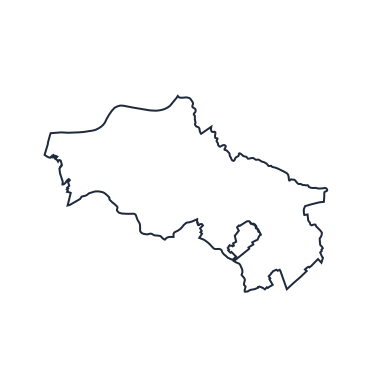 Luong Tai, Bắc Ninh, Vietnam (Albers equal-area conic projection), rotated 225°
{"feature_id": "81297802B42689754920120", "entity_name": "Luong Tai", "entity_type": "district", "adm_level": 2, "iso_a3": "VNM", "parent_name": "Vietnam", "parent_adm1": "Bắc Ninh", "projection": "albers", "projection_center": [106.213, 21.025], "detail": "fine", "context": "isolated", "style": "outline", "palette": "slate", "viewbox_px": 384, "rotation_deg": 225, "n_neighbors": 0, "source": "geoboundaries", "source_scale": "gbopen_adm2", "svg_char_len": 6059}
<svg xmlns="http://www.w3.org/2000/svg" viewBox="0 0 384 384"><g transform="rotate(225 192 192)"><path d="M270.0,249.8L269.5,247.9L268.5,237.4L268.8,235.3L269.3,233.4L270.1,231.1L271.8,228.1L273.9,225.2L275.4,223.6L279.4,220.0L293.4,210.0L301.8,204.3L304.0,202.2L305.3,199.8L306.3,196.7L306.1,192.6L305.3,188.1L304.1,183.5L302.7,179.6L302.3,176.9L302.4,174.3L302.9,171.6L303.8,168.7L304.5,167.1L305.8,165.0L311.1,157.8L313.7,154.7L321.4,146.4L326.6,141.7L333.5,133.7L332.8,132.1L329.1,125.6L327.5,123.4L322.5,114.0L319.4,114.6L317.6,115.3L316.4,116.1L316.6,117.0L315.6,117.5L316.6,118.9L316.3,119.3L316.2,120.2L315.4,120.3L315.4,119.5L314.3,119.4L314.2,118.8L313.6,118.9L313.6,120.0L314.2,120.0L314.1,121.0L313.4,121.4L312.2,121.7L312.2,118.8L310.2,119.2L309.5,119.1L308.3,118.8L308.8,120.0L308.7,120.3L308.3,120.8L307.9,120.7L307.4,121.3L307.0,121.3L304.2,119.8L303.0,119.0L303.3,118.3L302.6,117.7L302.6,117.3L303.0,116.6L302.4,116.0L302.4,114.9L298.4,111.8L290.9,108.0L290.4,107.6L288.9,105.7L288.6,105.9L288.7,106.7L288.1,107.1L288.0,108.0L288.0,109.6L288.4,110.7L288.5,112.1L288.3,114.0L286.8,114.0L286.6,111.3L283.2,109.6L283.3,106.8L282.1,106.9L282.3,105.3L281.2,105.4L280.7,105.1L280.4,103.8L278.7,104.9L277.1,105.6L270.4,94.5L269.2,96.7L266.4,107.1L266.2,108.1L266.6,109.8L266.7,110.9L264.7,114.1L264.2,115.7L263.9,118.3L261.3,123.2L260.6,124.2L258.6,126.3L255.7,128.3L254.0,129.1L252.2,129.5L249.4,129.7L246.7,129.7L245.8,128.8L244.7,128.3L241.6,128.3L237.8,128.7L234.8,128.8L233.8,128.4L232.3,126.1L231.1,125.7L229.3,125.7L228.4,126.0L226.1,127.4L221.7,131.4L217.8,135.5L216.4,136.0L215.8,136.1L210.6,133.7L207.6,133.0L206.4,132.5L205.2,131.7L201.1,127.8L199.9,127.4L198.2,127.5L196.4,128.3L193.6,130.4L192.5,132.4L191.8,133.3L190.9,133.9L188.1,134.7L186.8,135.7L185.5,136.9L183.4,138.4L182.2,138.6L179.7,138.5L177.5,139.1L177.6,140.5L177.3,142.4L176.3,144.2L173.3,147.2L175.5,149.4L175.8,150.6L175.8,151.4L175.5,152.3L174.6,154.8L174.1,157.9L174.2,160.5L174.5,162.5L174.3,165.7L174.1,166.6L172.4,168.8L171.1,171.2L169.1,176.4L167.0,174.2L166.7,174.5L165.9,174.3L165.8,174.1L165.5,173.4L164.2,173.0L163.6,173.7L163.6,174.9L162.3,176.3L160.6,176.1L160.6,172.0L157.6,171.3L157.6,169.5L155.4,169.6L154.4,164.7L150.3,166.5L148.5,167.0L144.9,167.5L142.2,167.6L137.3,167.4L136.1,167.6L134.9,168.4L132.5,171.0L131.0,171.7L129.9,171.7L127.6,170.7L125.0,170.5L123.5,170.7L120.0,170.9L115.4,172.7L115.1,177.5L121.7,177.5L121.8,176.3L123.2,176.2L125.2,176.4L125.1,177.4L127.1,177.7L127.0,178.6L127.6,179.3L127.7,181.0L126.8,181.2L126.0,182.1L124.9,182.3L124.5,183.7L126.6,184.7L125.6,188.1L130.8,191.3L131.5,197.7L135.2,198.9L135.2,201.5L134.3,201.8L132.5,209.8L132.2,210.4L130.9,211.8L129.1,211.8L129.0,211.5L128.5,211.6L128.5,211.3L127.7,211.2L127.4,211.8L126.7,211.8L126.5,212.5L126.1,212.5L125.9,213.2L124.9,213.3L124.7,212.7L124.3,212.7L124.0,213.5L123.7,213.4L122.4,213.3L122.4,212.6L121.7,212.5L121.6,211.9L121.3,211.6L120.9,211.9L120.7,211.8L120.2,212.3L119.1,211.8L118.7,212.4L117.2,211.6L117.3,211.0L117.1,210.9L116.7,210.9L116.5,211.6L113.2,210.6L113.1,210.2L113.6,209.9L113.2,208.1L111.9,204.5L112.6,202.9L113.8,199.0L111.5,198.2L112.4,194.8L112.8,192.7L111.4,192.3L113.5,172.8L111.3,173.3L107.9,174.7L106.0,174.4L102.2,172.9L101.0,172.2L99.5,170.8L98.3,168.4L94.5,168.1L93.2,167.7L92.4,167.2L90.3,163.7L89.4,163.1L87.7,163.1L87.1,162.9L86.8,162.2L85.5,160.0L85.0,159.4L84.3,158.9L83.8,159.1L82.2,161.3L81.8,163.3L81.6,163.9L78.9,167.8L77.6,171.1L78.1,171.5L77.3,172.9L74.1,174.3L71.6,174.7L71.7,177.6L70.6,177.7L70.4,179.2L69.3,183.4L75.7,185.1L75.6,186.3L78.1,186.6L78.2,189.5L78.6,190.9L78.4,191.9L78.7,193.2L77.4,196.7L75.7,196.9L75.0,199.0L73.7,198.7L56.2,190.3L55.8,200.2L55.2,208.2L55.0,217.2L57.4,217.1L57.2,219.9L57.0,220.8L56.5,221.7L55.7,221.7L55.5,222.9L55.4,223.9L55.5,233.7L50.5,233.5L52.9,238.1L53.7,238.1L55.4,238.6L58.6,239.9L58.5,242.0L59.6,242.6L59.8,244.8L61.1,245.1L64.0,245.3L66.7,247.5L68.8,249.4L69.2,251.5L69.6,252.6L70.2,253.6L71.3,255.0L71.9,255.2L74.5,255.5L79.7,255.5L81.7,256.2L82.8,255.2L83.8,253.1L84.4,252.8L85.3,252.7L87.1,253.7L89.0,253.9L89.9,254.2L94.4,257.8L96.3,255.2L98.1,256.3L100.5,258.6L100.9,259.2L102.0,262.0L98.9,267.7L94.6,274.8L91.8,278.3L95.0,282.0L97.9,285.0L98.2,285.4L98.2,286.2L97.5,287.9L97.5,288.4L97.6,288.8L98.1,289.2L98.7,289.4L99.5,289.5L100.2,289.3L100.9,288.8L102.0,287.2L103.9,285.0L105.3,283.7L107.9,282.0L109.1,280.5L111.0,279.0L113.0,278.2L114.3,278.8L115.1,278.5L115.9,277.4L117.3,276.5L118.5,275.3L120.9,274.5L121.9,273.4L122.7,272.9L123.8,272.8L127.2,273.1L128.4,273.0L129.5,271.9L130.8,271.1L131.0,270.7L131.0,269.3L131.3,268.9L132.0,269.1L134.6,271.2L136.2,272.1L137.8,272.4L140.0,271.9L147.7,269.3L150.6,268.0L152.7,266.6L153.3,266.4L154.5,266.5L156.1,264.6L156.5,264.5L158.7,264.8L159.9,264.7L162.2,264.0L164.3,262.8L167.5,262.1L167.9,261.9L169.5,260.1L170.0,259.8L172.5,259.4L172.9,259.2L173.7,258.3L175.5,255.6L176.1,255.1L178.4,255.3L181.1,253.7L184.5,253.5L185.4,253.2L185.8,252.9L185.9,252.4L184.9,250.9L184.6,250.1L185.3,248.2L185.4,247.0L185.1,246.0L184.5,244.7L184.5,244.2L184.5,243.7L184.7,243.3L185.6,242.9L186.8,242.9L188.9,243.8L190.7,244.2L192.5,245.6L193.1,245.8L196.5,245.9L197.4,245.7L198.7,244.9L198.9,244.9L199.4,245.4L200.1,247.8L200.4,248.1L201.1,248.4L202.1,248.2L203.1,247.2L203.5,246.2L204.1,244.0L204.8,243.6L206.4,243.6L208.5,244.9L210.3,245.2L210.7,245.4L211.1,246.3L211.4,247.4L211.6,247.7L211.9,247.8L212.4,247.6L213.6,246.8L214.3,247.0L215.5,248.0L216.8,249.9L217.7,250.7L218.4,250.7L218.9,250.4L219.4,249.4L220.2,248.8L221.3,248.8L222.9,249.6L224.5,251.8L226.7,239.6L228.1,239.9L229.4,240.5L231.9,242.2L232.9,242.3L233.9,242.1L235.0,241.5L235.7,241.4L236.9,241.6L237.7,241.9L238.1,242.4L238.4,243.4L241.1,245.2L243.9,247.9L245.4,248.0L245.9,248.4L246.1,248.9L246.2,250.8L246.4,251.4L247.3,252.5L247.9,252.8L248.9,253.0L251.3,252.4L252.0,252.5L252.6,253.1L253.3,254.5L253.9,255.4L254.8,255.9L258.6,256.7L260.2,256.6L262.0,255.6L263.0,254.8L265.6,251.7L267.5,250.0L268.0,249.8L270.0,249.8Z" fill="none" stroke="#1e293b" stroke-width="2"/></g></svg>